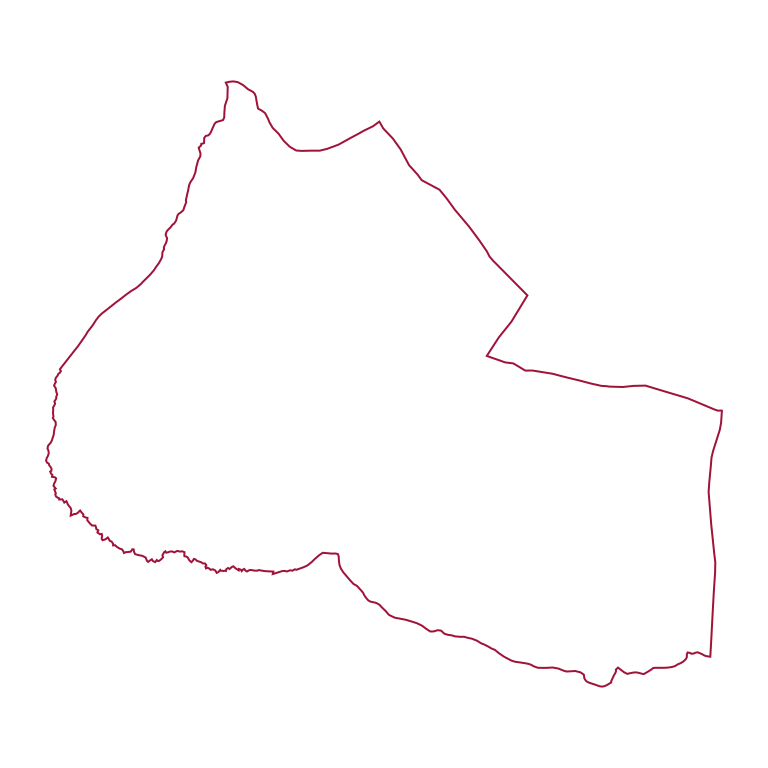 the district of Basedth, Kâmpóng Spœ, Cambodia
{"feature_id": "14789045B19080448821327", "entity_name": "Basedth", "entity_type": "district", "adm_level": 2, "iso_a3": "KHM", "parent_name": "Cambodia", "parent_adm1": "Kâmpóng Spœ", "projection": "robinson", "projection_center": [104.498, 11.199], "detail": "fine", "context": "isolated", "style": "outline", "palette": "rose", "viewbox_px": 768, "rotation_deg": 0, "n_neighbors": 0, "source": "geoboundaries", "source_scale": "gbopen_adm2", "svg_char_len": 6015}
<svg xmlns="http://www.w3.org/2000/svg" viewBox="0 0 768 768"><path d="M379.3,121.6L373.1,126.2L363.7,130.8L358.2,133.9L351.4,137.5L338.6,144.6L327.3,148.8L319.7,150.7L310.2,150.7L301.4,150.9L296.2,150.5L289.7,146.7L283.7,140.8L278.4,133.5L272.7,127.9L269.4,122.2L268.0,118.7L265.1,113.1L263.5,111.9L261.4,110.4L258.9,109.1L258.0,108.4L257.1,104.2L255.8,96.6L254.8,93.9L253.1,92.0L249.9,90.2L248.4,89.5L246.9,88.3L243.3,85.2L237.7,82.1L233.3,81.4L229.2,81.8L225.8,82.6L227.7,86.8L227.4,98.3L224.9,105.8L224.4,112.2L224.2,117.5L223.0,120.1L216.2,122.1L214.4,124.1L210.9,132.1L210.0,133.7L208.3,135.4L205.8,135.9L204.2,137.9L204.1,143.0L203.0,143.5L201.3,143.8L201.1,145.5L198.7,147.7L199.9,151.7L200.5,153.5L200.3,156.3L198.1,160.4L196.2,167.4L195.4,172.3L193.2,178.0L190.1,182.7L189.1,185.2L188.0,191.1L187.3,193.7L185.9,200.3L186.2,202.2L184.1,207.7L183.4,210.1L181.9,211.5L179.9,213.1L178.5,213.9L177.5,215.5L176.1,220.6L174.2,223.5L172.5,224.7L170.5,227.4L168.0,229.8L166.6,231.6L165.6,234.6L166.4,236.8L167.1,238.1L166.7,240.9L165.8,243.4L164.5,245.7L163.8,247.8L164.1,249.2L162.5,252.1L162.3,254.2L162.3,255.8L161.9,257.4L160.7,259.9L158.9,263.1L156.1,266.9L153.9,270.3L149.9,274.9L146.3,278.5L143.0,281.7L140.7,284.2L136.0,288.1L131.3,290.9L125.9,294.8L121.6,298.2L115.7,302.6L106.1,310.2L102.1,313.3L98.9,316.4L96.0,320.1L92.4,325.7L87.7,331.7L85.6,335.3L78.0,346.2L75.5,349.3L59.9,369.2L60.9,371.2L59.8,372.8L58.3,373.9L57.6,375.6L55.8,377.9L55.2,379.9L55.9,381.9L54.8,383.8L54.1,385.5L54.7,386.7L55.7,388.1L56.1,390.6L56.4,392.2L57.2,394.3L56.2,397.0L56.3,398.5L55.2,400.3L54.4,401.3L55.1,403.6L54.1,405.9L53.1,407.3L53.2,409.7L53.0,413.5L53.5,416.5L52.8,418.0L54.3,420.3L55.6,421.8L55.8,425.0L54.7,427.8L54.0,431.9L53.8,434.4L52.0,440.0L50.8,442.6L49.0,444.6L48.0,445.9L47.5,448.6L48.5,450.7L48.7,453.7L47.7,456.4L46.7,458.1L46.1,460.9L47.1,462.7L48.8,463.6L49.2,465.2L50.8,467.4L51.5,468.6L51.4,470.8L50.2,471.6L51.1,473.7L52.4,475.0L52.0,476.8L54.7,477.2L56.1,478.3L55.4,481.3L54.1,483.6L53.5,485.9L55.7,488.5L54.3,489.4L55.8,493.2L55.3,494.5L56.0,496.5L57.4,497.5L59.0,498.2L59.2,499.5L62.3,499.3L63.5,501.1L64.3,502.6L66.4,501.2L67.0,502.3L67.8,504.4L68.5,505.4L70.6,507.9L71.4,510.5L70.7,515.6L74.2,514.0L75.8,514.0L77.6,513.0L80.1,510.5L81.7,512.6L83.4,514.4L83.2,516.3L85.7,517.5L87.5,517.9L87.3,520.3L90.0,523.5L92.0,525.5L95.4,525.6L96.1,527.6L96.3,529.1L98.3,530.3L97.4,532.5L100.0,534.3L101.7,533.9L102.2,535.9L101.8,537.5L101.7,539.0L102.7,540.2L105.5,539.3L107.8,537.5L109.1,539.5L109.7,540.8L111.5,541.5L113.1,543.7L113.1,545.4L115.1,545.2L117.0,547.0L120.1,548.8L121.7,549.1L123.3,551.1L124.0,553.0L125.8,552.2L130.7,551.7L132.3,549.3L133.6,549.3L134.0,551.8L135.1,554.1L138.0,555.0L142.3,555.8L145.7,557.6L147.0,560.9L148.1,561.9L149.5,560.8L151.8,559.3L153.0,561.1L155.2,562.1L156.8,560.0L158.0,561.1L159.3,560.8L161.8,558.7L163.1,557.1L162.4,555.3L164.1,552.3L165.3,551.3L166.2,552.7L168.0,552.3L169.8,551.6L172.0,551.4L174.3,552.4L177.2,550.9L180.0,551.6L182.2,551.3L184.5,552.2L184.3,554.9L184.4,556.2L186.4,556.6L187.7,557.4L189.3,560.3L191.4,562.2L192.6,561.0L193.9,558.9L195.6,559.5L197.0,560.9L198.4,561.3L201.3,562.3L202.6,563.3L205.3,563.6L206.3,565.3L205.4,566.6L206.0,568.4L207.6,567.7L209.6,568.8L210.5,569.8L213.0,569.3L215.3,570.5L216.7,572.9L218.6,571.9L220.2,569.9L221.0,570.8L222.2,570.7L223.6,571.1L224.8,570.7L225.9,571.0L226.4,569.1L228.0,568.0L229.5,569.0L231.8,567.0L233.3,566.3L235.9,568.6L237.1,569.3L238.7,570.4L238.9,569.0L241.0,569.8L241.7,571.1L243.1,569.5L244.2,568.9L245.6,570.7L246.9,571.5L249.4,570.1L251.3,570.0L254.8,570.7L257.4,570.7L258.9,570.0L260.4,570.4L264.8,571.1L268.1,571.3L273.4,571.6L272.8,574.0L274.9,573.4L282.1,571.1L284.7,570.9L286.9,571.5L290.0,570.3L292.4,570.7L294.9,569.3L296.3,569.8L303.4,567.3L307.3,565.5L311.3,562.4L315.0,558.8L319.1,555.3L322.7,552.8L331.9,553.6L335.6,553.5L337.9,554.1L338.7,556.5L338.9,560.3L339.5,565.0L340.9,568.6L343.2,572.2L349.3,579.4L351.4,581.7L353.4,583.9L357.0,585.9L358.8,587.9L363.0,592.6L364.4,595.5L366.4,598.3L368.4,600.5L370.7,601.7L375.0,602.6L376.6,603.1L379.7,604.9L380.9,606.4L382.7,608.2L385.4,610.8L389.0,614.9L394.8,617.7L405.5,619.7L411.9,621.6L416.9,623.2L422.1,625.7L426.2,628.8L430.3,631.5L433.8,631.4L437.6,630.2L441.0,630.6L444.5,633.8L448.0,634.8L451.9,635.4L455.2,636.4L460.2,636.8L464.1,636.8L468.1,637.9L471.9,638.7L477.2,640.8L481.1,643.3L484.4,644.6L488.3,646.6L491.7,648.6L494.8,649.8L498.8,653.1L504.2,656.8L511.5,660.6L515.2,661.8L519.7,662.4L525.6,663.3L528.5,663.9L531.5,664.9L533.0,666.0L538.0,667.8L546.1,667.9L552.5,667.5L558.2,668.5L564.0,670.8L566.4,671.5L570.7,671.3L575.1,671.0L580.4,672.3L583.8,674.6L584.4,678.4L585.3,679.9L586.4,681.3L589.3,682.8L595.6,684.8L599.8,686.3L602.1,686.6L604.5,686.2L607.4,684.8L609.1,683.7L611.2,682.5L611.2,681.2L614.2,674.8L615.1,673.5L616.0,671.3L615.9,669.6L618.0,667.6L624.0,672.2L627.4,673.9L629.1,673.4L633.7,672.5L636.0,672.4L637.6,672.6L640.1,673.2L642.0,673.8L643.9,674.0L647.7,671.8L650.9,669.8L653.1,668.1L655.0,667.8L664.1,667.8L667.9,667.6L672.0,667.0L675.2,666.0L677.8,664.3L680.1,663.4L683.0,661.8L685.8,659.2L686.8,657.3L686.9,654.0L687.6,652.5L690.0,652.9L691.4,653.8L693.7,653.5L695.6,652.7L697.6,652.3L700.8,653.6L702.4,654.3L703.8,655.2L705.5,655.9L707.2,656.3L710.3,656.7L711.3,639.1L712.7,612.1L713.8,592.1L715.1,572.5L715.3,562.4L714.2,553.2L711.2,524.2L708.6,491.8L709.3,481.9L710.8,466.3L711.5,457.7L713.0,451.3L719.8,429.8L721.1,422.7L721.9,410.7L720.5,410.5L717.9,410.7L714.0,409.3L688.0,398.4L661.3,390.4L645.4,385.6L633.3,385.9L622.9,387.0L609.2,386.6L606.9,386.2L601.5,385.9L590.8,383.5L579.8,380.6L566.1,377.3L552.3,373.7L532.3,370.5L525.3,370.6L513.3,363.4L505.1,362.4L499.0,360.2L491.2,357.5L486.8,355.9L498.9,337.3L511.4,321.7L527.4,295.4L493.0,260.6L489.5,256.5L486.9,251.4L479.1,240.1L469.0,226.5L454.9,209.8L448.1,200.4L445.9,197.5L439.5,189.7L421.7,180.2L417.6,174.6L409.0,165.1L400.7,149.5L392.9,138.6L383.2,128.4L380.2,123.0L379.3,121.6Z" fill="none" stroke="#9f1239" stroke-width="2"/></svg>